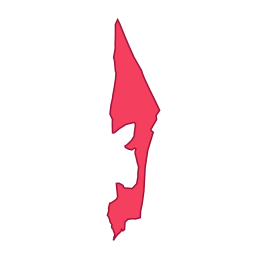 map outline of Israel (Equal Earth projection), rotated 171°
{"feature_id": "ISR", "entity_name": "Israel", "entity_type": "country or territory", "adm_level": 0, "iso_a3": "ISR", "parent_name": "Asia", "parent_adm1": "", "projection": "equal_earth", "projection_center": [35.212, 31.447], "detail": "fine", "context": "isolated", "style": "filled", "palette": "rose", "viewbox_px": 256, "rotation_deg": 171, "n_neighbors": 0, "source": "natural_earth", "source_scale": "50m", "svg_char_len": 1377}
<svg xmlns="http://www.w3.org/2000/svg" viewBox="0 0 256 256"><g transform="rotate(171 128 128)"><path d="M160.0,19.3L159.0,22.3L158.0,23.8L157.7,26.1L158.3,28.0L158.7,30.6L159.4,31.4L159.7,33.1L159.0,34.8L159.3,36.1L160.2,37.4L160.8,42.6L162.0,45.1L160.1,48.8L159.7,51.9L157.8,56.5L155.7,56.9L150.6,59.4L149.9,60.2L149.0,61.7L148.9,62.8L148.2,75.1L145.4,74.8L142.0,72.1L141.4,69.8L140.3,69.0L137.9,68.7L133.4,67.5L128.1,71.6L125.8,78.3L125.4,81.4L123.6,88.0L124.2,92.1L124.5,97.3L125.0,101.6L124.5,104.2L123.5,105.6L123.8,106.6L124.7,107.0L127.6,105.8L130.6,107.0L133.6,109.2L133.8,110.6L131.7,111.5L126.8,114.9L123.3,118.8L122.4,122.4L120.1,130.1L120.4,131.7L121.5,132.6L129.6,131.8L136.8,128.7L142.3,125.4L144.0,125.6L142.9,134.1L142.0,139.3L142.4,140.2L143.6,144.7L141.3,153.0L138.6,159.8L137.7,163.0L135.2,170.1L132.6,178.4L131.2,184.1L131.5,186.2L130.8,196.7L131.2,199.7L128.1,208.8L127.5,213.3L126.3,219.4L124.2,232.3L121.3,236.7L119.8,231.8L116.6,218.0L114.2,208.5L111.1,196.9L105.7,182.7L105.2,179.3L104.1,174.4L100.4,161.6L97.5,152.3L94.0,140.5L98.3,135.9L98.4,132.0L105.7,123.0L105.7,122.1L103.7,119.7L104.0,119.3L112.1,102.6L117.3,86.1L122.2,63.2L125.7,51.5L128.6,43.8L129.9,37.5L134.6,37.0L138.1,37.7L142.3,37.9L145.7,35.5L147.3,28.3L149.2,27.2L150.2,28.9L151.2,27.0L155.6,23.9L157.8,21.8L160.0,19.3Z" fill="#f43f5e" stroke="#9f1239" stroke-width="1.5"/></g></svg>